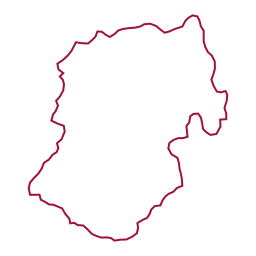 Silveirânia, Minas Gerais, Brazil (orthographic projection)
{"feature_id": "56859067B59643635589042", "entity_name": "Silveirânia", "entity_type": "district", "adm_level": 2, "iso_a3": "BRA", "parent_name": "Brazil", "parent_adm1": "Minas Gerais", "projection": "orthographic", "projection_center": [-43.2, -21.146], "detail": "fine", "context": "isolated", "style": "outline", "palette": "rose", "viewbox_px": 256, "rotation_deg": 0, "n_neighbors": 0, "source": "geoboundaries", "source_scale": "gbopen_adm2", "svg_char_len": 1777}
<svg xmlns="http://www.w3.org/2000/svg" viewBox="0 0 256 256"><path d="M75.9,42.3L73.8,46.4L71.6,50.7L67.8,55.5L62.8,60.1L57.4,63.7L58.4,69.4L63.3,73.1L59.8,76.5L62.9,79.9L64.0,84.3L63.2,90.6L59.8,96.7L56.1,100.7L58.0,105.7L55.6,111.2L53.0,114.4L51.4,120.6L58.0,123.8L63.8,125.8L64.7,131.7L61.5,139.4L57.0,143.2L58.3,148.3L56.6,152.2L52.5,154.8L48.9,159.6L44.0,162.8L41.6,168.7L38.2,173.8L34.3,177.6L30.0,182.6L28.7,188.6L30.1,194.8L35.3,194.8L39.5,194.7L40.8,199.7L45.6,202.2L48.9,204.4L53.2,204.7L57.2,206.3L62.1,208.4L65.3,213.9L69.4,218.7L70.2,223.3L74.4,222.9L77.7,225.1L83.2,225.5L87.4,229.2L91.7,233.8L96.4,236.0L101.5,237.6L107.3,237.4L111.1,238.1L114.5,240.6L120.3,239.7L126.4,239.5L132.5,236.5L136.8,233.3L138.1,228.3L137.4,223.0L143.2,219.6L147.0,218.0L149.6,214.1L151.3,209.5L154.8,206.1L160.4,205.4L162.6,200.2L165.5,196.3L168.7,193.8L173.3,191.8L176.8,188.1L182.3,185.8L182.0,180.1L180.9,173.7L179.6,169.1L179.0,163.4L177.4,157.8L171.5,154.3L168.3,148.3L169.4,142.9L173.3,140.0L178.3,138.1L183.0,138.1L187.5,136.8L186.9,130.6L186.4,126.0L189.2,122.6L190.2,116.4L193.4,113.9L198.2,113.6L200.9,117.6L202.1,122.8L203.0,128.9L206.0,132.0L210.4,134.9L216.4,134.0L220.5,126.5L220.1,119.6L226.2,119.2L226.3,113.9L224.5,107.8L226.7,100.9L227.3,94.8L225.6,91.1L220.7,92.3L216.8,91.5L213.5,85.6L211.4,79.5L213.4,74.2L214.9,68.7L214.8,61.6L211.8,55.5L207.9,52.1L205.2,46.8L203.7,41.5L203.7,36.1L203.7,30.8L200.8,26.2L199.6,21.0L197.4,16.4L192.6,15.4L188.4,17.8L185.4,20.8L182.4,26.5L174.8,29.0L169.1,31.5L164.7,32.7L160.8,29.9L156.2,26.0L150.0,23.7L144.3,24.2L140.6,26.3L135.5,27.6L129.1,28.1L122.7,29.0L118.1,30.6L114.6,34.0L109.8,37.0L105.7,34.7L101.7,31.7L97.4,31.5L95.5,36.7L92.0,40.2L88.1,43.5L82.1,43.2L75.9,42.3Z" fill="none" stroke="#9f1239" stroke-width="2"/></svg>